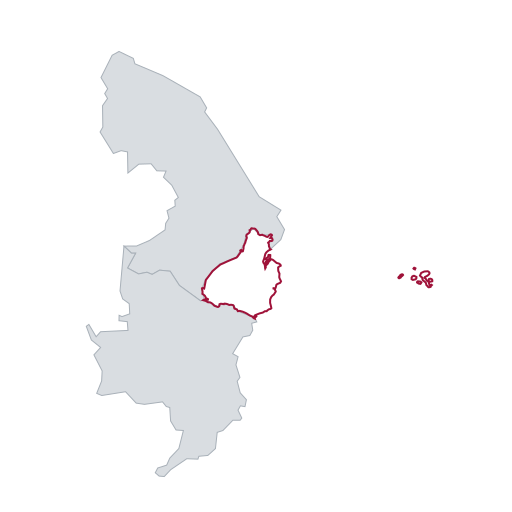 Ecuador and the surrounding countries, rotated 176°
{"feature_id": "ECU", "entity_name": "Ecuador", "entity_type": "country or territory", "adm_level": 0, "iso_a3": "ECU", "parent_name": "South America", "parent_adm1": "", "projection": "albers", "projection_center": [-81.617, -1.768], "detail": "fine", "context": "with_neighbors", "style": "outline", "palette": "rose", "viewbox_px": 512, "rotation_deg": 176, "n_neighbors": 2, "source": "natural_earth", "source_scale": "50m", "svg_char_len": 6107}
<svg xmlns="http://www.w3.org/2000/svg" viewBox="0 0 512 512"><g transform="rotate(176 256 256)"><path d="M387.0,275.1L374.4,274.3L361.0,279.0L344.9,288.4L343.8,294.9L340.2,299.8L341.6,307.4L333.1,311.4L333.1,317.3L329.4,319.8L335.1,332.5L342.8,341.0L339.8,347.0L349.0,347.9L354.2,355.3L366.5,355.8L378.0,347.7L376.9,368.8L383.2,370.5L391.1,368.2L402.9,390.6L399.8,395.3L398.6,416.7L393.1,423.5L395.6,428.6L392.3,433.2L398.2,444.8L385.5,466.3L378.4,469.6L364.6,461.7L363.4,456.2L336.1,442.3L300.6,418.6L294.9,407.2L297.2,403.3L285.5,385.1L248.7,314.9L227.9,300.0L232.5,293.8L225.7,280.4L230.1,270.6L241.2,261.7L242.9,267.6L238.9,270.9L239.3,276.0L250.7,276.5L256.6,283.6L264.5,277.8L267.2,268.3L275.8,256.1L292.7,250.7L308.0,236.0L312.5,226.9L310.6,216.3L314.3,215.0L334.5,232.0L342.7,246.8L353.1,248.6L360.9,244.9L365.9,247.4L374.4,246.3L385.0,253.0L375.9,267.2L380.0,267.5L387.0,275.1Z" fill="#d9dde1" stroke="#a8b0b8" stroke-width="1"/><path d="M430.2,197.7L427.5,199.4L421.1,186.6L416.3,191.3L388.9,190.7L389.0,199.5L397.2,201.0L396.7,206.4L393.9,204.9L386.0,207.1L385.8,217.3L392.0,222.5L394.1,230.6L387.0,275.1L380.0,267.5L375.9,267.2L385.0,253.0L374.4,246.3L365.9,247.4L360.9,244.9L353.1,248.6L342.7,246.8L334.5,232.0L314.3,215.0L310.6,216.3L297.7,208.2L293.7,210.5L281.8,208.5L278.4,202.4L261.7,194.6L259.8,190.2L265.0,189.2L264.4,182.2L267.7,177.1L274.7,176.2L286.1,160.2L280.9,156.8L283.6,148.8L280.5,136.0L283.5,132.4L281.3,120.6L275.6,113.3L277.5,106.5L282.0,107.6L284.7,103.5L281.5,95.3L283.2,93.3L290.5,93.8L301.2,84.2L307.0,82.8L309.9,66.7L318.0,60.4L327.0,60.2L328.1,57.4L339.2,58.6L356.0,48.8L362.9,42.4L368.0,43.2L371.6,46.8L368.8,51.4L359.7,53.6L356.1,60.4L346.4,69.3L340.6,87.0L347.9,88.0L352.7,97.4L352.6,110.9L356.0,112.1L359.4,117.0L377.6,115.8L385.8,117.6L395.6,129.7L419.6,127.6L424.5,130.1L418.7,142.1L417.5,152.1L424.6,168.7L417.4,175.6L426.1,183.7L430.2,197.7Z" fill="#d9dde1" stroke="#a8b0b8" stroke-width="1"/><path d="M311.8,215.6L311.0,216.1L310.2,216.2L309.1,216.3L307.6,215.8L307.0,215.8L306.9,216.3L307.9,216.9L308.9,217.6L309.2,218.6L309.8,219.9L311.2,221.3L312.1,221.9L312.1,222.4L311.9,223.3L311.8,224.1L312.2,227.5L311.9,227.7L311.4,227.7L310.9,227.7L310.4,227.3L310.0,227.1L309.8,227.6L309.4,229.2L308.5,232.6L307.7,235.6L306.7,236.7L305.2,238.4L303.2,240.7L300.4,244.0L298.2,245.6L296.6,246.8L294.6,248.2L292.1,250.0L289.2,251.0L285.3,252.5L282.5,253.5L280.4,254.2L278.3,254.9L275.5,255.8L274.4,256.8L272.6,259.0L271.7,260.1L270.9,261.0L270.8,261.4L270.9,261.7L271.2,262.2L271.3,262.6L270.8,262.9L270.3,263.0L270.1,262.7L270.0,262.2L269.5,261.7L269.0,261.5L268.7,261.7L268.6,262.1L267.9,264.4L267.9,265.5L267.6,266.0L267.6,267.0L266.9,267.9L266.6,268.7L266.3,269.4L265.8,269.9L265.6,270.7L265.0,272.3L264.4,273.6L263.9,274.7L263.9,275.5L264.2,276.1L264.3,276.5L264.0,277.4L263.8,278.0L263.0,278.4L261.4,279.4L260.7,280.1L260.5,280.9L260.6,281.6L260.6,282.2L259.8,282.4L259.5,282.8L259.0,283.7L258.4,284.0L256.8,283.5L255.7,283.5L254.8,283.1L253.9,281.9L253.1,280.8L252.4,279.5L252.2,277.7L251.4,277.1L250.5,276.5L249.5,276.6L248.3,276.8L247.6,276.3L246.0,275.6L244.6,274.7L243.5,274.2L242.7,274.4L242.2,275.0L241.3,275.9L240.1,276.6L239.5,276.5L238.8,276.1L238.6,275.6L239.2,274.8L240.5,273.0L239.1,272.9L238.6,272.4L238.5,271.7L238.3,271.0L238.6,270.2L239.3,269.8L240.5,270.1L241.2,270.1L241.7,269.3L242.2,269.0L242.7,268.7L243.0,268.4L242.4,267.1L242.3,266.4L242.4,266.0L242.4,265.2L242.4,264.6L242.1,264.1L242.0,263.4L241.8,262.9L241.7,262.5L241.6,262.0L241.3,261.7L240.9,261.5L241.2,261.3L243.2,260.6L244.1,259.9L245.1,259.2L246.0,258.2L246.6,257.3L248.0,252.9L249.3,250.1L249.1,248.8L248.0,247.0L247.7,244.3L247.8,243.5L247.7,242.9L247.0,244.0L247.2,247.9L246.5,249.7L245.6,250.1L245.1,249.8L245.4,247.0L244.8,247.5L243.7,249.4L242.0,250.8L241.9,251.3L241.5,251.9L240.2,251.4L239.2,250.8L235.9,247.6L233.7,246.9L232.4,245.8L232.1,245.3L232.0,244.6L233.3,244.0L234.7,243.1L234.8,241.1L234.8,239.5L233.8,236.8L234.3,233.3L234.0,231.9L232.8,229.0L233.7,227.6L236.8,226.5L237.7,225.8L238.4,223.5L239.1,222.1L240.5,222.7L241.6,222.6L240.1,222.1L239.0,220.0L238.8,219.1L241.0,216.2L242.2,215.5L243.7,214.0L244.9,211.7L245.2,208.2L244.7,205.6L244.3,202.9L245.1,202.2L246.9,201.9L248.4,201.0L249.2,200.2L251.0,200.3L253.1,199.1L256.4,198.5L261.0,197.0L262.1,195.8L261.6,193.6L262.1,193.8L263.3,194.9L264.1,196.0L265.4,196.6L266.5,197.2L269.3,199.3L271.2,200.4L273.2,201.4L276.1,202.4L277.9,202.2L278.3,203.0L278.6,203.9L279.3,204.3L280.3,204.7L281.0,204.9L281.2,205.1L281.8,208.1L282.2,208.5L283.6,209.0L285.4,209.1L286.1,209.0L287.7,209.9L288.8,210.3L290.1,210.6L291.0,210.7L291.4,210.5L291.5,210.2L292.2,210.3L293.3,210.7L294.8,210.8L295.8,210.4L295.9,209.8L296.0,208.8L296.3,208.4L297.4,207.8L298.0,207.9L300.8,209.2L301.4,209.7L302.1,210.6L303.5,212.0L304.9,212.9L307.1,213.2L309.3,214.7L311.8,215.6ZM87.1,214.1L88.0,215.0L88.5,217.6L91.3,220.3L91.7,221.8L91.4,222.5L91.6,222.8L92.9,223.9L93.8,225.0L92.4,227.6L89.2,228.8L85.8,228.8L85.2,228.5L84.2,227.5L84.1,226.6L84.6,225.7L86.3,224.4L89.0,223.2L89.3,222.3L88.2,221.4L87.5,219.7L85.8,218.5L84.9,214.8L84.3,214.6L83.2,215.2L82.6,214.7L83.8,213.6L84.0,213.0L85.8,212.7L86.6,213.2L87.1,214.1ZM100.4,225.2L99.6,225.2L97.4,223.9L97.6,222.5L98.4,221.6L101.2,221.2L102.4,222.0L102.3,223.6L101.4,224.8L100.6,225.0L100.4,225.2ZM243.6,255.7L243.4,256.2L242.0,256.1L241.7,256.0L241.7,255.3L242.0,253.4L242.4,252.6L243.4,251.8L244.4,251.4L245.5,251.5L246.8,252.2L245.3,253.5L244.5,253.7L244.2,253.9L243.6,255.7ZM85.0,221.0L83.6,221.2L82.4,220.7L81.9,220.0L81.8,218.9L81.9,218.5L84.5,218.1L85.4,219.0L85.4,220.4L85.0,221.0ZM113.2,227.1L111.6,227.6L111.0,227.4L110.7,227.1L110.6,226.8L111.5,225.9L112.4,225.4L113.2,224.4L114.6,223.8L115.1,223.9L115.3,224.1L115.5,224.5L115.0,225.3L114.1,225.9L113.2,227.1ZM97.0,219.1L96.3,219.5L93.7,219.0L92.8,218.2L93.5,217.1L94.0,216.7L95.6,217.1L97.2,218.3L97.0,219.1ZM99.2,233.2L98.6,233.2L97.8,232.6L98.4,231.5L99.0,231.8L99.5,232.1L99.8,232.5L99.2,233.2ZM260.9,196.4L260.1,196.5L259.8,195.8L260.7,195.0L261.1,194.9L260.9,196.4Z" fill="none" stroke="#9f1239" stroke-width="2"/></g></svg>